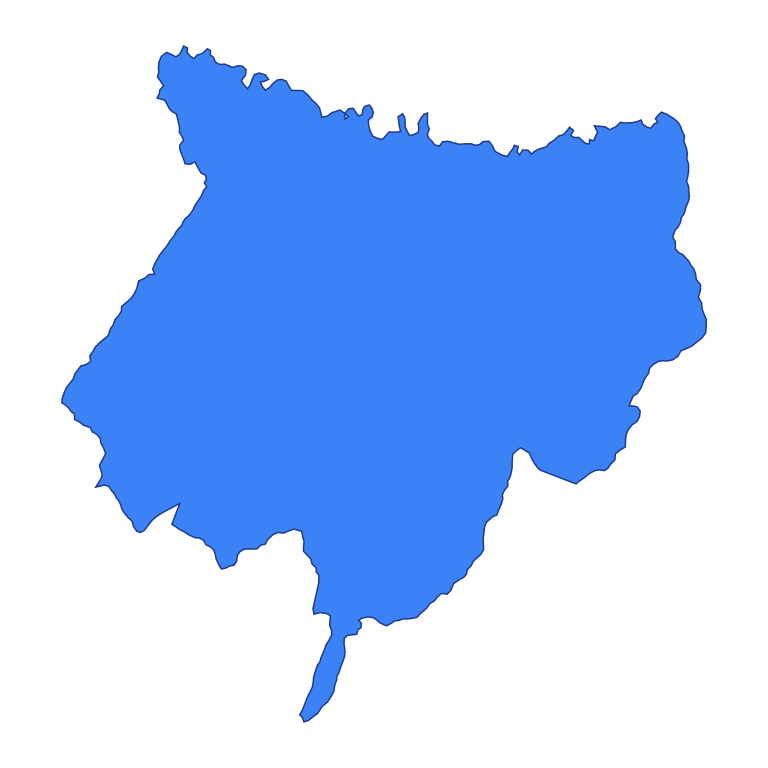 the district of Pindorama do Tocantins, Tocantins, Brazil
{"feature_id": "56859067B48906669845388", "entity_name": "Pindorama do Tocantins", "entity_type": "district", "adm_level": 2, "iso_a3": "BRA", "parent_name": "Brazil", "parent_adm1": "Tocantins", "projection": "albers", "projection_center": [-47.568, -11.195], "detail": "fine", "context": "isolated", "style": "filled", "palette": "blue", "viewbox_px": 768, "rotation_deg": 0, "n_neighbors": 0, "source": "geoboundaries", "source_scale": "gbopen_adm2", "svg_char_len": 6052}
<svg xmlns="http://www.w3.org/2000/svg" viewBox="0 0 768 768"><path d="M680.7,126.8L678.2,122.4L673.4,118.4L666.8,114.2L661.4,112.2L658.1,115.2L655.4,118.6L657.7,122.2L653.9,124.1L651.0,128.1L646.4,126.9L642.7,124.1L641.1,120.0L636.7,121.8L631.5,122.7L625.7,123.0L620.3,122.4L616.1,126.6L609.8,129.8L605.0,126.8L594.4,125.8L597.6,132.4L595.5,136.3L593.8,140.7L589.6,139.7L589.4,143.9L585.4,143.4L578.9,137.5L574.1,137.5L570.7,135.6L573.5,130.5L569.5,127.2L567.3,130.4L563.5,134.5L558.7,136.0L554.3,140.1L549.4,143.2L546.3,146.8L538.6,149.2L534.5,151.4L531.4,154.0L528.1,150.2L522.5,150.0L519.8,154.9L517.0,151.9L518.3,146.5L514.3,145.3L512.7,149.1L510.1,152.1L507.5,156.5L501.9,155.0L495.1,151.4L492.4,145.8L489.1,141.3L483.2,141.5L479.5,144.6L475.2,145.3L471.1,143.8L465.6,143.8L459.0,144.3L448.4,141.3L442.6,141.7L439.5,146.1L434.8,144.9L431.7,140.9L428.8,138.3L427.3,134.1L429.2,129.2L427.4,123.8L427.5,113.0L424.0,114.3L421.1,117.8L418.1,123.4L419.0,128.0L418.2,132.4L413.9,134.5L409.5,135.6L406.8,130.5L405.1,126.5L405.1,121.7L404.7,117.4L402.5,113.8L398.1,116.8L399.3,126.0L400.6,131.6L395.6,132.2L389.0,132.0L385.3,136.4L382.3,139.4L377.5,138.3L372.8,136.2L369.9,130.3L368.5,124.8L368.4,119.9L372.2,117.0L373.2,113.0L372.3,109.0L369.5,105.0L364.7,106.3L362.8,109.8L362.4,114.3L358.9,116.0L356.2,113.0L353.3,108.3L348.8,108.7L344.8,113.4L340.0,110.0L331.7,112.8L327.2,116.2L321.9,117.2L319.5,107.9L316.4,103.9L312.1,100.1L307.7,94.8L302.7,90.6L291.3,90.4L286.1,81.1L281.8,79.4L277.3,80.0L272.6,83.8L269.5,87.6L265.2,90.2L262.3,86.4L260.4,82.0L264.6,81.3L268.5,79.4L265.4,74.9L259.4,73.0L254.4,74.6L251.9,80.0L250.3,84.9L247.5,88.7L243.4,84.2L241.5,80.3L245.4,75.4L246.1,69.7L242.6,66.3L238.1,65.7L232.7,67.4L225.0,64.2L219.3,64.4L215.4,62.1L213.7,57.5L210.0,54.7L210.6,50.8L207.4,48.8L202.3,53.5L197.1,55.0L194.0,58.6L190.3,56.2L187.2,52.4L187.4,47.8L183.5,46.1L181.3,51.3L179.1,54.7L175.8,56.9L171.9,54.7L166.7,52.4L161.5,56.2L159.0,62.0L158.4,67.4L158.8,72.3L157.5,77.0L163.7,85.8L160.0,89.6L159.1,94.1L157.1,98.1L161.1,99.1L165.0,100.4L169.7,109.3L173.0,112.2L176.4,113.9L179.5,127.1L179.4,132.5L182.0,136.5L183.6,140.3L179.8,144.9L179.8,149.2L183.7,159.3L185.0,163.7L190.0,164.3L195.0,161.9L198.3,168.4L201.1,173.1L205.5,175.3L206.5,179.1L204.3,182.8L206.8,186.7L203.6,190.5L202.2,194.5L199.1,199.4L195.3,204.7L192.9,210.0L189.3,215.2L185.4,218.4L183.0,222.0L181.7,225.6L178.6,228.6L175.9,232.1L173.8,236.4L170.5,240.2L167.4,245.2L159.5,255.2L157.7,258.7L154.8,263.7L152.7,269.1L154.8,274.2L149.0,274.5L145.0,278.0L138.6,281.0L136.8,288.5L134.5,293.4L131.8,297.4L128.0,301.1L121.5,306.6L121.5,310.9L119.0,315.1L115.0,319.7L113.2,324.8L110.3,329.0L108.4,335.3L104.9,338.4L99.9,342.4L95.2,347.1L92.8,351.7L89.9,355.6L90.6,361.4L86.2,364.5L80.9,365.9L75.0,373.7L73.2,378.9L66.5,387.5L63.9,393.4L62.3,398.2L61.8,402.8L65.6,405.0L68.4,407.7L71.2,411.5L74.5,414.2L74.6,419.6L79.7,422.1L83.8,425.4L90.1,427.4L92.3,431.8L96.7,434.3L100.2,438.3L101.0,443.2L103.5,447.6L105.6,453.6L102.8,459.2L99.4,465.3L101.1,470.6L102.3,475.9L99.6,481.0L95.8,487.1L104.2,485.0L108.7,486.3L111.6,490.7L114.5,494.0L116.2,497.5L118.9,501.0L120.7,504.8L121.8,508.9L124.3,513.0L128.1,517.5L132.1,521.1L133.6,526.6L136.7,531.2L140.6,532.5L144.8,529.9L148.9,524.3L152.4,520.0L156.7,516.4L161.1,513.4L179.8,503.4L171.9,524.2L179.6,529.5L184.5,532.0L189.5,535.2L195.1,537.7L199.2,537.9L203.6,540.3L206.1,544.9L210.2,546.6L213.7,549.8L215.4,554.5L216.0,558.4L218.3,563.7L221.4,569.0L225.6,568.1L229.4,566.1L233.9,565.2L236.7,561.2L237.3,555.5L239.8,551.8L244.2,549.1L257.0,548.9L260.3,545.3L265.3,544.1L267.8,539.4L272.8,534.8L277.8,532.4L283.6,533.1L288.7,530.9L293.9,529.1L301.6,531.3L302.8,537.1L304.0,540.9L303.4,551.0L310.9,559.2L312.1,564.1L316.0,567.7L316.3,572.1L318.9,575.1L318.7,583.3L313.0,608.5L314.0,614.2L319.8,612.6L326.6,613.5L330.4,615.8L329.7,625.8L331.6,630.2L331.6,635.3L328.9,640.4L326.0,645.0L324.6,649.3L321.0,657.6L320.0,661.7L317.7,664.8L315.9,669.5L313.6,677.3L313.2,682.2L312.5,686.6L310.1,692.0L307.4,697.1L302.4,710.2L299.7,714.7L302.6,717.9L303.9,721.9L308.5,720.4L317.7,713.3L322.5,706.0L327.4,702.2L330.7,697.1L333.9,691.3L334.7,685.4L336.6,680.1L336.9,676.2L338.9,672.6L340.5,667.6L342.7,661.9L344.6,656.4L345.0,651.1L344.0,643.6L344.4,638.0L347.6,635.3L356.8,634.3L357.7,630.0L361.0,627.7L361.2,623.1L358.7,620.1L362.2,618.2L367.7,616.9L373.6,617.7L376.9,620.1L380.1,623.0L386.5,625.8L391.0,623.5L394.7,620.9L399.3,620.3L403.2,618.8L407.1,619.0L412.1,618.4L417.1,617.2L420.8,613.1L424.0,610.6L427.2,607.6L429.3,604.0L434.3,600.9L437.9,596.6L441.6,593.3L447.1,594.3L451.1,589.9L453.5,583.8L458.9,579.8L463.9,577.2L466.4,574.2L467.2,569.8L471.1,565.8L473.2,561.4L480.7,554.5L483.6,549.6L483.2,538.3L484.7,526.5L486.4,522.3L492.5,516.8L496.9,514.9L498.2,511.1L501.6,503.3L502.8,498.8L502.4,494.6L504.5,490.2L507.8,486.2L507.6,481.6L509.9,477.4L511.2,472.9L512.1,468.0L512.2,461.7L512.6,454.6L516.5,450.5L520.5,447.8L524.6,450.0L529.3,453.1L532.3,459.8L534.8,463.9L537.2,467.2L539.9,470.0L576.0,483.9L579.0,481.3L584.5,477.6L588.4,474.2L591.9,472.1L595.7,470.4L599.6,469.8L604.1,470.6L607.7,468.5L610.8,463.9L614.9,460.0L615.4,453.7L620.5,449.8L625.3,447.0L625.7,437.7L626.6,433.2L628.4,429.6L631.7,425.2L637.3,421.1L639.6,416.5L640.2,411.1L637.4,407.1L633.4,406.0L629.2,405.8L630.7,401.5L633.2,396.1L637.4,393.3L640.7,388.5L645.0,378.1L648.4,373.5L649.8,367.8L653.3,364.4L658.5,361.4L662.8,360.7L666.8,361.0L672.4,360.0L677.8,356.4L680.9,350.9L691.2,346.5L701.6,338.2L705.7,333.0L706.2,326.6L706.2,319.1L703.9,314.0L702.1,308.9L701.6,302.8L698.3,297.3L700.3,290.9L700.6,285.0L696.3,279.4L695.5,273.6L693.8,268.8L690.7,265.1L689.1,261.6L682.8,254.6L679.0,252.9L675.4,248.9L675.3,241.9L672.7,236.9L674.9,230.7L678.3,226.5L680.5,222.3L681.4,217.5L684.3,213.4L686.0,207.0L688.2,201.8L689.3,198.0L688.6,186.6L686.6,181.4L687.8,176.4L688.6,170.8L688.6,164.4L686.8,158.9L687.4,153.7L686.5,148.4L683.9,141.6L684.4,135.7L682.1,131.0L680.7,126.8ZM344.8,113.4L348.5,116.6L345.0,119.1L344.8,113.4Z" fill="#3b82f6" stroke="#1e3a8a" stroke-width="1.5"/></svg>